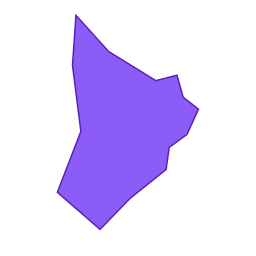 outline of San Lawrenz, rotated 8°
{"feature_id": "MLT-5974", "entity_name": "San Lawrenz", "entity_type": "state/province", "adm_level": 1, "iso_a3": "MLT", "parent_name": "Malta", "parent_adm1": "", "projection": "mercator", "projection_center": [14.198, 36.047], "detail": "fine", "context": "isolated", "style": "filled", "palette": "violet", "viewbox_px": 256, "rotation_deg": 8, "n_neighbors": 0, "source": "natural_earth", "source_scale": "10m", "svg_char_len": 337}
<svg xmlns="http://www.w3.org/2000/svg" viewBox="0 0 256 256"><g transform="rotate(8 128 128)"><path d="M114.4,232.3L67.0,201.5L81.8,137.9L64.3,73.6L60.8,23.7L98.1,54.9L148.9,77.2L169.2,68.9L178.3,89.8L195.2,99.6L187.3,126.1L171.5,141.4L171.5,163.8L139.9,197.3L114.4,232.3Z" fill="#8b5cf6" stroke="#5b21b6" stroke-width="1.5"/></g></svg>